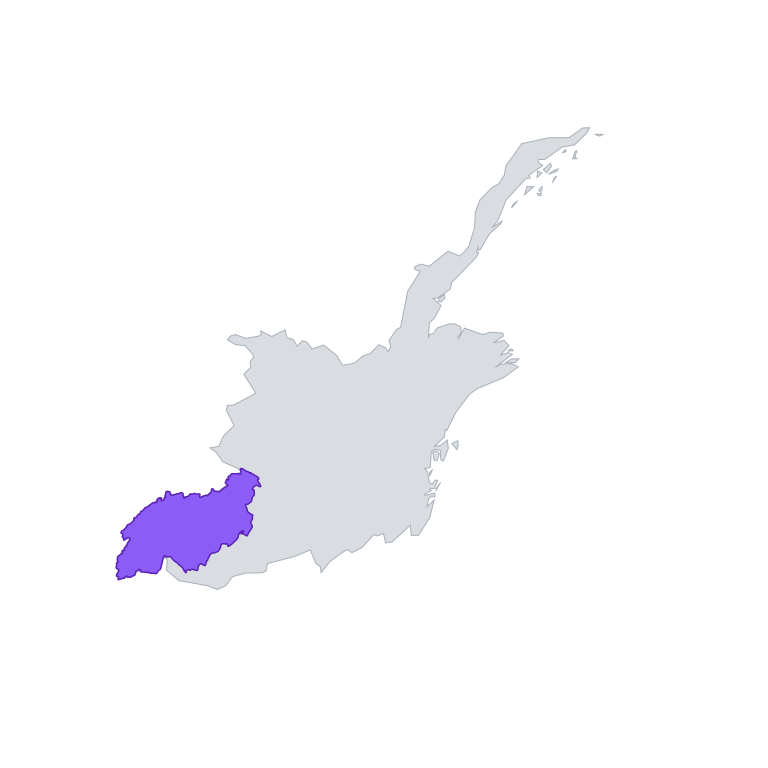 where Kachin sits in Myanmar, rotated 229°
{"feature_id": "MMR-3296", "entity_name": "Kachin", "entity_type": "State", "adm_level": 1, "iso_a3": "MMR", "parent_name": "Myanmar", "parent_adm1": "", "projection": "robinson", "projection_center": [97.371, 26.091], "detail": "fine", "context": "in_parent", "style": "filled", "palette": "violet", "viewbox_px": 768, "rotation_deg": 229, "n_neighbors": 0, "source": "natural_earth", "source_scale": "10m", "svg_char_len": 9701}
<svg xmlns="http://www.w3.org/2000/svg" viewBox="0 0 768 768"><g transform="rotate(229 384 384)"><path d="M489.7,344.9L482.6,341.1L477.4,344.6L469.4,343.3L470.3,350.8L465.8,353.3L457.7,352.6L452.9,364.1L436.2,367.0L425.3,364.9L419.3,375.1L418.9,386.7L415.9,393.7L417.1,405.9L410.0,409.0L405.7,408.3L408.1,413.9L413.6,416.4L416.9,428.9L415.9,433.7L438.4,462.7L445.3,485.4L450.7,482.4L452.3,484.7L450.1,490.7L443.2,495.3L442.2,519.4L430.9,525.1L431.2,533.2L432.6,538.9L442.6,554.9L453.8,565.8L460.1,577.6L461.4,594.6L459.8,601.7L462.7,612.0L468.5,618.8L475.0,645.8L461.9,669.6L448.5,685.3L446.9,701.9L442.5,707.3L440.5,702.1L439.5,684.7L446.0,673.8L448.0,652.5L452.2,647.9L450.0,645.8L444.8,647.3L446.6,630.1L443.6,629.4L446.0,625.8L442.8,597.1L432.6,577.0L431.2,568.3L429.7,580.0L428.4,577.7L428.1,561.9L422.2,544.6L422.8,543.1L425.6,544.6L423.1,540.6L421.0,541.5L419.2,537.3L416.1,501.5L412.2,496.4L413.7,480.9L416.5,477.0L405.8,478.6L400.7,465.6L400.4,458.5L389.7,447.7L391.5,451.1L389.6,454.7L391.4,460.7L387.0,472.0L382.6,477.2L376.7,479.3L372.1,476.1L371.1,470.1L369.3,470.0L373.4,481.4L356.2,491.1L353.6,497.9L344.6,506.9L341.9,505.7L343.3,493.6L338.1,503.2L330.9,503.5L329.4,490.6L326.4,498.1L322.2,500.4L323.6,479.0L322.4,485.2L315.5,493.8L308.8,496.5L310.3,478.8L319.4,451.0L320.2,441.8L315.4,419.5L307.6,400.8L309.8,400.5L304.5,395.1L303.8,381.2L300.6,386.2L300.2,394.9L293.3,390.4L286.9,378.3L289.5,377.2L297.0,382.9L301.3,379.7L302.4,375.8L290.6,364.0L293.6,359.2L289.7,359.3L279.6,353.6L276.7,354.7L278.0,359.7L275.9,361.1L272.0,353.5L274.9,349.7L272.5,349.6L274.1,342.8L273.1,341.8L268.4,350.7L265.6,348.6L268.7,344.1L267.5,341.5L263.2,336.2L263.5,345.7L253.1,330.8L247.2,310.5L251.9,305.3L260.1,311.3L259.5,286.4L263.0,281.0L271.4,285.5L273.8,279.1L277.1,277.5L275.0,260.3L277.7,249.2L283.3,247.4L284.7,238.4L285.5,226.3L282.9,212.8L287.9,216.1L293.7,214.9L307.2,219.5L312.3,203.8L324.9,178.1L320.3,172.3L321.1,168.6L332.3,155.2L338.0,143.2L335.6,132.4L338.0,123.6L348.1,118.0L370.1,100.2L386.4,97.7L393.0,104.7L397.5,105.3L390.8,88.7L404.5,76.3L404.2,66.4L410.6,56.1L414.3,56.5L417.6,61.6L421.1,61.5L427.5,69.1L433.5,90.0L438.1,86.2L444.1,89.2L446.9,120.0L445.3,137.9L441.7,142.1L444.5,149.4L438.7,152.0L434.7,159.2L429.0,159.7L425.0,169.5L419.2,171.0L416.0,178.6L416.7,184.4L412.1,187.8L410.5,197.8L414.6,201.7L415.8,207.0L411.5,218.2L415.2,218.7L431.2,211.2L442.4,212.6L450.0,210.8L445.3,218.4L450.0,228.3L451.0,243.6L467.9,247.9L470.6,251.8L466.9,256.5L461.1,281.2L483.2,284.6L483.9,294.1L488.7,297.6L489.4,302.8L492.3,304.5L504.2,304.2L511.2,297.8L520.2,294.9L520.8,300.3L518.7,304.3L508.9,309.8L502.2,321.1L501.8,323.6L504.9,325.8L493.5,330.4L489.7,344.9ZM293.7,371.7L300.8,376.2L299.4,379.6L294.9,379.9L291.5,373.9L293.7,371.7ZM434.7,614.2L439.3,621.4L434.8,626.2L434.7,614.2ZM292.8,402.5L289.1,399.8L286.6,396.0L294.5,396.1L292.8,402.5ZM441.3,644.9L441.4,654.3L438.5,653.3L436.7,645.4L441.3,644.9ZM319.3,496.4L314.5,502.4L313.8,497.3L320.4,489.8L319.3,496.4ZM411.9,488.2L409.0,486.3L408.6,480.8L410.9,479.3L412.6,481.9L411.9,488.2ZM431.9,656.5L431.3,653.3L434.3,645.7L433.9,652.4L431.9,656.5ZM430.3,674.0L434.2,681.1L433.5,682.5L429.9,676.9L427.6,677.3L430.3,674.0ZM443.9,639.6L439.7,641.6L439.5,635.1L443.9,639.6ZM434.2,706.8L428.8,712.9L429.5,709.5L434.2,706.8ZM270.7,354.5L272.6,362.1L269.4,353.0L270.7,354.5ZM434.8,599.3L434.6,605.1L433.2,595.7L434.8,599.3ZM287.0,359.9L287.6,364.7L284.6,357.8L287.0,359.9ZM429.3,632.8L426.2,629.9L427.3,627.8L428.8,628.2L429.3,632.8ZM427.1,624.3L425.1,628.2L423.2,625.9L424.8,624.2L427.1,624.3ZM427.6,647.5L427.7,650.9L425.4,643.0L427.6,647.5ZM326.6,503.4L324.4,503.3L327.3,499.4L327.7,500.9L326.6,503.4ZM441.9,674.7L439.9,674.0L441.4,670.2L441.9,674.7Z" fill="#d9dde1" stroke="#a8b0b8" stroke-width="1"/><path d="M403.3,78.4L403.9,78.2L404.5,77.8L404.6,77.6L404.6,76.4L404.7,75.8L405.2,74.8L405.4,74.3L405.1,73.3L403.7,71.7L403.3,70.8L403.5,69.6L404.3,67.4L404.2,66.4L404.5,65.8L405.6,65.2L405.8,64.8L406.0,64.1L406.4,63.9L407.0,64.0L407.6,64.0L407.9,63.6L408.1,62.9L408.1,61.6L407.8,60.6L408.0,60.3L408.5,59.8L408.6,59.5L408.7,59.1L409.1,58.5L409.6,57.3L409.9,56.7L410.3,55.4L410.9,55.1L411.5,55.6L412.2,56.7L412.9,57.1L413.7,56.5L414.6,56.1L415.5,56.9L416.7,60.6L417.5,61.7L418.4,62.0L420.3,61.1L421.4,61.6L422.8,63.6L423.9,64.2L424.3,64.6L424.3,65.2L424.1,66.2L424.2,66.6L425.5,66.8L426.0,67.1L428.1,69.2L428.3,69.7L428.4,70.4L428.2,73.6L428.1,74.3L427.7,75.1L427.9,75.5L429.0,76.1L429.5,76.6L429.9,77.2L429.8,77.7L428.7,78.4L428.9,79.0L429.4,79.7L430.4,80.3L430.6,80.7L430.5,81.8L430.6,82.2L430.9,82.6L430.6,83.4L430.7,83.7L431.7,85.4L432.2,86.5L432.8,89.3L433.4,90.4L434.4,90.9L435.5,90.6L436.1,89.8L436.4,88.7L436.5,87.5L436.5,86.2L436.6,85.5L436.9,85.2L438.8,86.2L439.3,86.7L440.2,86.2L440.9,86.7L441.5,88.1L441.9,88.5L442.7,88.5L443.6,87.8L444.0,87.8L444.6,88.3L445.0,89.0L445.1,89.7L444.7,91.2L444.7,92.6L444.9,95.7L444.9,96.1L445.4,96.2L445.5,96.4L445.9,97.5L445.8,98.6L445.0,101.0L444.8,102.0L444.8,103.2L445.1,105.5L445.4,106.1L446.2,106.5L446.6,106.9L446.8,107.6L446.6,108.3L446.3,108.9L446.0,109.5L446.8,112.9L446.7,113.3L446.2,113.8L446.1,114.2L446.2,114.9L447.0,116.0L447.2,116.7L447.2,117.4L446.7,118.7L446.7,119.5L447.1,120.6L447.1,121.5L447.4,122.6L447.2,123.2L446.6,124.4L446.4,125.6L446.2,130.2L446.1,130.9L446.0,131.5L445.7,132.1L444.5,133.6L444.2,134.4L444.0,135.6L444.2,136.0L444.8,135.9L445.1,136.2L445.8,137.9L445.9,138.4L445.8,138.8L445.3,139.2L445.4,139.9L445.2,140.2L444.1,141.2L443.7,141.2L443.5,140.8L443.5,139.5L443.3,139.5L441.6,140.0L441.2,140.4L441.1,140.9L441.1,141.5L441.3,142.1L441.9,143.4L442.1,144.0L442.0,144.8L442.2,145.2L442.5,145.3L442.9,145.2L443.2,145.3L444.5,147.3L444.8,147.9L445.3,148.2L445.5,148.4L445.6,148.9L445.5,149.3L445.3,149.8L445.1,150.1L443.6,151.4L443.1,151.6L442.8,151.6L441.6,151.1L440.9,150.5L440.6,150.3L440.0,150.3L439.7,150.6L438.6,151.8L437.9,153.6L437.3,154.3L437.2,155.2L437.1,155.5L436.0,157.0L435.4,159.0L435.1,159.5L434.7,159.9L434.1,160.2L433.4,160.5L433.0,160.4L432.1,159.4L431.7,159.2L429.2,158.2L428.9,158.3L428.9,160.5L428.7,161.0L427.7,162.2L427.8,163.4L428.0,164.0L428.0,165.4L428.0,165.9L427.9,166.1L427.4,166.3L426.9,166.6L426.5,167.4L426.0,168.9L425.7,169.2L424.4,169.9L423.9,170.3L422.6,172.2L421.9,172.5L421.3,172.6L421.0,172.3L420.4,171.3L419.3,170.6L418.6,171.5L417.9,174.3L417.2,175.9L416.7,176.7L416.2,177.1L415.7,177.2L415.6,177.6L415.7,178.8L415.7,181.3L415.8,182.4L416.3,183.5L417.4,184.4L417.8,185.0L417.6,185.7L417.1,186.0L416.4,186.0L415.2,185.7L414.5,185.9L413.8,186.3L412.7,187.4L410.6,188.8L410.5,189.6L410.7,194.1L410.0,198.8L409.9,199.6L410.1,199.9L412.6,199.5L413.3,199.5L413.8,199.6L414.0,199.9L414.5,201.4L415.0,201.8L415.2,202.1L415.3,202.9L414.8,203.1L414.2,203.2L413.7,203.5L413.9,204.4L416.2,205.3L416.3,206.6L415.7,207.3L415.6,207.7L415.7,208.1L416.2,208.7L416.3,209.1L416.2,209.9L415.8,210.7L410.0,217.1L410.5,217.8L411.7,218.4L412.9,219.2L413.2,219.8L413.3,220.5L413.7,219.9L414.0,219.7L414.1,220.3L413.8,221.0L413.6,221.2L413.1,221.5L412.2,221.9L408.7,222.7L407.1,223.9L406.4,224.0L405.8,223.9L405.5,224.1L404.8,225.0L404.5,224.8L404.2,224.8L403.9,225.1L403.8,225.5L403.0,225.4L402.2,225.6L401.2,226.4L399.9,226.4L399.6,226.5L397.3,227.6L395.4,227.6L394.7,227.5L394.6,227.2L394.4,226.6L394.5,225.7L394.2,225.4L393.1,225.0L391.7,224.7L391.2,224.7L390.7,224.9L387.8,223.9L387.6,223.7L387.6,223.3L387.9,223.0L390.4,221.9L391.1,221.3L391.5,220.7L391.8,219.6L391.8,218.5L391.3,216.0L391.1,215.6L390.9,215.5L390.7,215.5L390.3,215.6L389.6,216.3L389.3,216.3L388.4,215.8L386.2,214.1L385.5,213.3L385.2,212.6L385.1,210.9L384.5,210.1L383.8,208.8L382.8,207.7L382.5,207.1L382.4,206.3L382.5,202.6L382.6,202.2L382.8,201.9L383.7,201.1L383.9,200.4L382.9,199.7L381.3,199.3L376.9,197.4L376.0,197.4L374.4,197.9L372.5,198.2L372.2,198.3L371.5,199.0L371.2,198.9L370.4,197.9L369.1,196.8L368.3,195.8L367.2,192.7L366.5,192.3L363.7,191.6L363.2,191.4L362.5,190.8L362.2,190.1L360.6,184.7L359.2,181.1L359.9,180.6L361.0,180.2L363.2,179.5L364.0,178.8L364.6,178.0L364.7,177.9L365.0,178.0L365.1,178.4L364.8,179.6L364.5,180.4L364.5,180.8L364.6,181.1L364.7,181.3L365.3,181.4L365.8,181.0L366.2,180.4L366.4,178.9L366.4,178.3L366.3,177.1L365.9,176.1L365.3,174.9L363.7,172.8L363.4,171.3L363.0,164.7L363.2,161.7L363.5,160.3L363.8,159.9L364.1,159.8L364.3,159.9L365.2,160.9L365.4,161.0L365.8,161.0L366.0,160.9L366.8,159.7L368.6,158.3L369.2,157.6L369.5,156.9L369.7,156.2L369.3,155.1L367.7,153.0L367.5,152.5L367.1,150.9L366.6,149.5L366.5,149.1L366.6,148.5L368.1,144.6L368.7,144.2L369.1,143.5L369.3,142.3L368.9,139.6L368.2,138.5L367.8,137.1L367.4,136.3L366.9,135.7L366.8,135.4L366.7,134.5L366.6,133.9L366.3,133.3L364.7,130.9L364.4,130.2L364.5,129.9L364.8,129.3L366.5,128.8L367.3,128.5L368.1,128.0L368.6,127.5L368.8,127.0L368.6,125.3L368.2,124.2L367.4,123.2L366.8,122.6L365.9,121.6L365.7,121.1L365.8,120.7L366.4,120.1L370.3,117.6L370.4,117.1L370.5,115.6L370.7,115.3L371.0,115.1L372.3,114.7L372.6,114.4L372.6,113.7L372.7,113.2L373.1,112.3L373.0,112.1L371.5,111.1L371.5,110.8L371.9,110.6L374.6,110.7L376.8,111.3L377.8,111.4L383.1,110.6L384.7,110.6L385.5,110.4L387.3,109.8L390.7,109.5L393.0,109.7L393.4,109.7L393.8,109.5L394.1,109.3L396.2,106.1L396.8,106.0L397.1,106.1L397.6,106.5L398.0,106.3L398.5,104.9L398.3,104.5L397.6,103.9L397.5,103.5L397.5,102.9L396.5,101.7L391.6,95.0L390.9,93.7L390.8,93.0L391.1,92.0L391.1,91.5L391.0,91.2L390.8,89.9L390.4,89.3L390.3,89.0L390.3,88.2L390.6,87.5L391.0,86.9L393.2,85.1L394.2,83.7L394.6,83.5L396.2,83.0L396.3,82.9L396.4,82.1L396.6,81.9L397.2,81.7L397.4,81.5L397.7,81.0L398.4,80.6L399.9,79.1L400.8,78.0L401.2,77.6L401.7,77.4L402.3,77.2L402.8,77.3L403.1,77.7L403.1,78.2L403.3,78.4Z" fill="#8b5cf6" stroke="#5b21b6" stroke-width="1.5"/></g></svg>